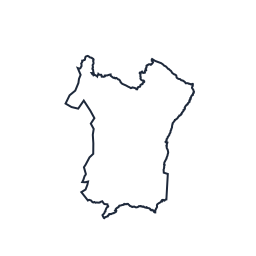 outline of Nogoonnuur, Bayan-Ölgiy, Mongolia, rotated 49°
{"feature_id": "93677404B33313948817102", "entity_name": "Nogoonnuur", "entity_type": "district", "adm_level": 2, "iso_a3": "MNG", "parent_name": "Mongolia", "parent_adm1": "Bayan-Ölgiy", "projection": "orthographic", "projection_center": [90.114, 49.534], "detail": "fine", "context": "isolated", "style": "outline", "palette": "slate", "viewbox_px": 256, "rotation_deg": 49, "n_neighbors": 0, "source": "geoboundaries", "source_scale": "gbopen_adm2", "svg_char_len": 5798}
<svg xmlns="http://www.w3.org/2000/svg" viewBox="0 0 256 256"><g transform="rotate(49 128 128)"><path d="M209.6,162.8L208.6,161.9L208.0,161.5L207.8,160.6L207.2,159.6L207.0,158.6L206.6,157.8L205.3,156.9L205.0,156.4L204.8,155.9L205.0,153.8L205.3,152.6L205.3,151.5L205.6,150.6L205.9,150.3L205.7,149.8L204.8,150.1L204.7,149.7L205.1,148.8L205.5,148.7L205.8,148.3L206.7,148.0L206.6,147.7L206.7,146.5L207.1,145.9L188.8,128.1L185.2,130.3L182.8,128.5L182.2,127.4L181.7,127.0L181.4,126.4L180.4,125.7L180.0,124.6L179.2,124.7L178.8,124.1L178.2,123.6L177.7,122.8L177.4,121.8L177.1,121.3L177.0,120.8L176.5,119.8L176.4,119.0L175.8,118.5L174.8,116.4L173.8,115.2L173.6,114.7L172.7,113.6L170.2,112.2L169.0,112.1L167.8,111.4L167.2,110.6L166.6,110.7L166.2,109.7L165.6,109.3L164.9,107.8L164.7,107.7L163.9,108.7L163.1,108.8L162.7,107.0L162.2,106.7L161.7,106.1L161.7,105.9L161.8,105.8L161.8,105.6L161.2,104.2L160.8,103.9L160.7,102.7L160.4,102.0L160.3,101.3L159.8,100.8L159.2,98.9L158.0,97.6L157.7,96.5L157.2,96.1L156.5,94.5L155.8,93.9L155.4,93.3L154.8,92.8L154.3,91.7L153.8,91.4L153.6,91.0L153.6,90.3L153.1,88.4L153.1,87.7L152.7,87.3L152.9,87.0L152.9,86.6L153.0,86.1L153.0,85.6L153.1,85.2L153.0,83.8L152.6,82.9L152.6,81.6L152.2,81.1L152.3,80.8L152.7,80.4L152.8,79.7L152.6,79.0L152.3,78.7L152.5,78.2L151.8,77.3L151.9,76.7L151.6,76.1L151.5,74.9L150.8,74.2L151.1,73.7L151.1,73.1L150.7,72.8L150.5,72.1L149.8,71.8L149.8,71.4L149.3,70.7L149.3,70.2L149.0,69.0L149.2,68.6L149.0,68.3L148.9,67.9L148.9,67.7L149.2,67.4L149.0,66.9L148.6,66.4L148.7,65.4L148.4,64.8L148.6,64.4L148.3,64.1L148.0,63.6L147.4,63.5L147.3,63.0L147.1,62.6L147.4,62.2L147.1,61.5L146.3,61.3L146.3,60.5L145.5,59.4L145.6,58.9L145.2,57.8L145.6,57.4L145.6,57.2L145.0,56.8L144.4,56.0L144.4,55.6L144.6,55.3L143.9,54.4L143.0,54.3L142.6,53.9L142.1,53.7L139.7,53.4L139.2,52.9L138.9,51.8L138.5,51.5L138.1,50.8L137.2,50.2L136.8,50.6L136.6,51.8L135.9,52.0L135.7,52.3L135.0,52.5L134.5,53.1L133.7,53.3L133.1,53.8L132.1,55.1L131.0,54.9L129.1,55.2L128.9,55.4L128.1,55.5L126.9,56.5L125.4,56.6L124.0,57.7L122.8,58.1L121.8,58.2L120.0,57.1L119.4,57.2L118.2,57.6L118.0,57.9L115.5,58.5L113.2,58.1L111.3,58.5L110.6,58.4L109.5,59.0L108.3,58.9L106.1,59.1L104.8,59.8L103.0,59.9L100.9,60.4L95.2,63.5L90.9,64.8L91.4,64.8L91.9,65.1L92.9,66.0L93.7,65.7L94.9,66.1L95.2,67.3L95.1,68.0L95.3,68.1L95.3,69.3L94.9,69.6L94.4,69.6L93.6,70.4L93.4,71.4L93.5,71.7L93.2,72.0L93.1,73.1L94.0,73.7L94.1,74.4L94.6,74.6L95.0,76.1L95.9,76.1L96.4,76.4L96.4,76.8L96.0,77.3L96.1,77.9L96.4,78.4L97.3,78.9L97.2,79.2L96.6,80.2L96.3,80.5L95.6,80.6L94.6,80.4L94.5,80.8L94.9,81.7L94.9,82.2L94.0,82.5L94.0,82.9L94.4,83.3L95.6,83.3L97.1,84.8L97.5,84.8L98.5,85.5L98.6,86.0L99.8,86.5L102.0,85.9L102.4,85.1L103.4,85.1L103.9,85.6L103.8,87.4L104.4,88.3L104.3,88.6L103.9,89.0L103.9,89.6L103.7,90.0L103.7,90.4L104.3,91.3L104.6,91.5L104.7,92.0L103.8,93.3L103.8,93.7L103.9,94.1L104.1,94.2L104.5,95.1L104.8,95.7L104.2,96.3L103.4,96.1L102.1,96.7L100.2,98.1L100.3,98.5L100.0,99.3L99.8,99.7L98.3,100.1L97.1,100.7L94.6,101.6L91.0,103.3L90.1,103.5L89.4,103.4L88.7,103.6L88.3,103.3L86.5,102.9L85.6,103.0L84.9,103.5L82.6,103.9L82.0,104.8L82.1,105.1L81.3,105.5L81.0,105.4L80.7,106.0L80.3,106.2L77.2,106.8L76.2,106.0L75.6,107.0L74.7,109.2L73.3,110.9L73.8,111.2L73.9,111.6L73.4,112.8L72.8,113.1L72.2,114.1L71.9,114.2L71.2,113.6L70.3,113.3L68.9,114.8L67.7,114.9L67.9,115.2L68.2,115.8L68.3,116.4L68.9,117.4L68.1,117.4L67.7,117.7L66.7,117.9L65.8,118.8L65.6,119.5L64.5,119.2L64.0,119.6L62.7,119.4L64.1,117.9L62.3,117.0L60.8,115.9L60.0,116.1L59.3,115.1L59.2,114.6L57.5,113.6L57.2,113.2L57.1,112.5L56.6,111.6L55.4,110.7L54.5,110.4L54.3,109.7L53.7,109.0L53.1,108.9L52.7,109.2L52.1,109.1L51.6,109.4L51.1,109.4L49.6,110.5L48.0,110.7L47.1,111.2L46.5,112.6L46.4,113.1L46.5,113.5L47.0,114.3L48.1,115.6L48.2,116.2L47.7,117.0L47.7,117.6L47.1,118.4L48.2,119.4L48.7,121.1L49.7,121.5L50.8,122.5L51.0,122.8L51.1,123.5L51.6,124.6L51.5,125.4L51.1,125.9L49.8,126.6L56.8,128.9L58.8,132.8L61.5,135.9L65.2,143.3L65.0,150.6L68.6,159.1L75.1,156.9L80.7,152.9L78.3,143.4L90.3,145.1L98.5,146.9L100.3,153.2L106.2,154.5L110.0,159.0L116.8,164.2L124.7,171.2L124.9,176.3L127.9,184.1L128.7,187.0L135.1,190.0L135.7,191.3L135.8,192.3L137.8,195.6L138.8,198.0L140.8,196.0L142.2,193.3L144.2,195.9L146.6,200.4L145.8,205.3L156.4,205.8L156.4,205.0L156.8,204.4L158.6,203.4L160.4,203.5L161.4,203.1L161.6,202.6L161.6,202.3L161.8,201.9L163.0,201.6L163.5,200.7L165.3,198.9L165.5,198.4L165.7,198.2L165.7,197.2L165.9,196.9L166.4,195.5L169.2,195.8L169.9,195.7L172.1,193.6L172.8,194.1L174.0,194.2L174.3,194.5L174.3,195.1L174.0,195.5L174.3,196.8L174.6,197.3L174.7,197.8L175.1,198.3L175.4,199.2L176.2,199.8L176.1,200.7L176.8,201.9L177.0,204.4L178.0,204.8L179.2,205.0L179.6,205.2L180.3,205.2L180.5,205.1L180.5,204.7L180.3,203.7L180.9,202.4L181.0,201.9L181.4,201.2L180.9,200.6L181.1,199.8L181.1,199.5L180.6,198.7L181.2,197.8L181.8,197.5L182.3,195.7L182.9,194.7L182.8,194.4L183.2,193.4L183.1,192.9L183.4,192.4L183.3,192.0L182.9,192.1L182.5,191.8L182.0,191.8L182.3,190.9L181.2,190.6L181.0,189.2L181.2,188.7L181.1,187.9L181.6,187.2L180.9,185.6L181.0,185.3L181.6,184.6L182.4,182.7L182.9,182.0L183.0,181.8L182.8,181.2L182.8,180.7L183.5,180.5L183.7,179.9L184.4,179.3L184.6,178.5L185.3,177.8L186.0,177.9L186.9,177.6L188.0,177.7L188.7,177.2L189.7,177.0L189.9,176.6L190.5,176.5L190.9,175.6L191.3,175.2L191.2,175.1L191.3,174.9L193.1,174.1L193.3,173.9L194.1,172.5L194.1,171.9L194.3,171.4L194.2,170.9L194.7,170.5L195.0,169.8L195.4,169.5L195.8,169.6L196.0,169.4L196.2,169.0L196.7,168.9L197.1,168.6L197.2,168.0L197.7,167.7L198.1,167.8L199.5,167.1L199.9,166.0L200.6,166.1L200.7,165.8L201.0,165.8L202.8,164.5L203.5,164.4L204.2,164.7L205.3,164.5L205.3,164.1L205.4,163.6L206.2,163.5L206.5,163.1L206.9,162.9L207.2,163.2L208.5,163.4L209.1,163.3L209.6,162.8Z" fill="none" stroke="#1e293b" stroke-width="2"/></g></svg>